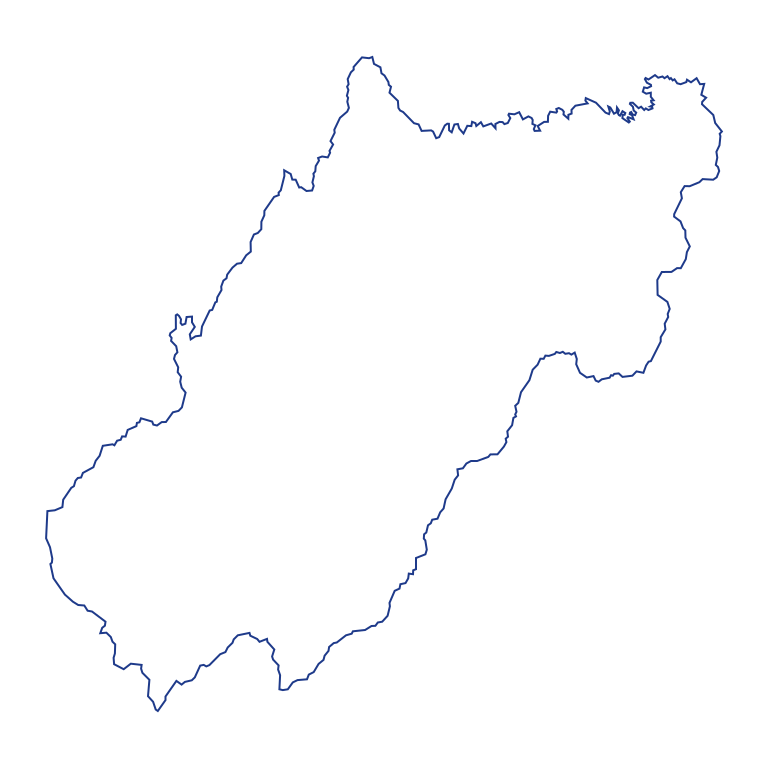 the district of Nam Pat, Uttaradit, Thailand
{"feature_id": "78962969B51395146999096", "entity_name": "Nam Pat", "entity_type": "district", "adm_level": 2, "iso_a3": "THA", "parent_name": "Thailand", "parent_adm1": "Uttaradit", "projection": "equal_earth", "projection_center": [100.784, 17.695], "detail": "fine", "context": "isolated", "style": "outline", "palette": "blue", "viewbox_px": 768, "rotation_deg": 0, "n_neighbors": 0, "source": "geoboundaries", "source_scale": "gbopen_adm2", "svg_char_len": 6049}
<svg xmlns="http://www.w3.org/2000/svg" viewBox="0 0 768 768"><path d="M585.8,98.1L585.4,100.6L587.6,103.4L575.4,105.7L571.5,109.9L571.6,113.6L568.4,114.8L568.3,118.7L563.5,114.5L563.8,111.7L562.3,109.8L558.8,108.0L556.3,109.0L557.1,111.5L556.3,112.6L550.2,111.7L548.1,115.8L547.9,121.8L544.1,121.9L537.7,126.0L540.1,130.7L534.6,130.9L533.8,129.1L535.4,125.3L532.4,123.9L532.7,120.0L531.6,118.0L528.4,116.4L522.9,119.4L519.2,112.2L514.4,114.3L509.0,113.7L508.4,115.0L510.3,118.1L507.8,123.0L504.4,124.1L502.6,122.1L499.5,121.9L495.4,124.0L495.5,128.3L491.2,123.5L483.3,126.4L480.9,122.2L476.3,126.0L475.5,123.2L472.1,121.8L471.3,126.1L467.3,125.8L463.5,133.5L459.2,128.5L457.9,124.0L454.4,124.5L451.7,132.3L449.1,130.3L448.9,123.8L447.3,123.7L444.8,125.5L439.2,137.1L436.2,138.2L433.1,131.6L431.2,130.4L421.6,130.9L418.6,124.4L414.0,123.2L403.1,112.0L400.1,110.5L398.4,107.9L397.9,100.9L389.5,92.7L391.0,86.7L388.8,84.9L388.4,82.0L384.5,75.5L381.5,73.3L380.4,67.3L374.0,63.9L372.3,57.0L369.1,58.2L362.0,57.4L353.6,67.0L353.7,69.6L350.9,72.3L347.7,79.1L348.6,84.2L347.1,86.7L348.4,90.0L346.9,95.8L348.1,97.8L347.3,101.7L348.9,107.9L347.2,111.6L340.0,117.8L334.3,129.8L334.7,132.7L330.5,141.1L333.1,144.5L329.5,150.9L330.1,152.7L327.8,157.4L322.1,156.5L318.1,158.0L319.0,160.6L315.7,166.1L315.3,171.3L313.4,173.7L313.9,176.2L312.4,182.4L313.7,185.9L312.1,190.5L306.5,191.0L301.2,187.2L299.2,187.5L295.7,179.7L292.3,179.6L290.7,174.0L284.2,170.3L284.4,175.9L280.8,190.3L278.6,192.6L278.8,195.1L274.1,196.9L264.4,210.9L264.3,215.3L261.4,221.7L261.3,229.2L257.8,233.0L253.9,234.5L250.6,242.0L250.8,251.6L246.2,255.3L241.2,263.1L237.0,263.7L232.5,267.6L227.2,274.6L226.5,278.3L223.4,280.6L221.2,286.6L221.5,290.0L217.3,297.3L216.8,301.7L215.3,302.4L212.2,309.9L209.7,310.5L202.0,326.5L200.9,335.6L195.5,336.3L190.7,339.4L189.8,334.3L194.8,326.9L192.0,322.3L192.0,316.6L186.6,317.0L185.4,323.7L182.1,324.9L180.6,323.0L181.0,319.3L179.0,315.9L177.2,314.4L175.8,315.3L175.9,328.8L170.3,333.2L169.7,335.4L171.6,337.9L171.1,340.9L176.2,346.2L177.4,352.3L175.0,355.0L174.0,358.9L178.2,367.3L177.7,372.2L181.1,376.7L180.2,381.7L181.7,387.7L185.6,392.6L181.9,407.4L178.5,410.9L172.9,412.3L165.9,422.0L161.7,422.1L157.0,425.5L153.3,424.6L152.2,421.6L141.0,418.3L139.4,422.3L136.9,422.9L136.4,426.1L127.7,429.9L125.6,436.6L122.1,436.4L120.7,439.8L117.1,440.7L114.4,445.3L112.6,444.3L102.8,445.8L99.6,455.8L95.7,460.8L93.4,467.2L82.9,472.9L81.1,477.5L77.8,478.0L75.5,480.7L73.9,486.2L71.3,487.8L63.2,499.7L62.4,507.1L54.8,510.3L47.4,511.1L46.1,538.3L50.0,547.2L52.3,558.6L51.9,562.6L50.4,564.0L53.5,578.3L64.9,594.6L72.9,601.7L78.2,605.0L84.3,605.5L87.6,610.7L92.0,611.5L105.5,621.7L104.9,625.7L102.2,627.8L100.3,633.2L106.4,632.7L110.8,637.0L112.5,641.7L115.2,644.3L114.9,653.5L113.6,657.8L114.1,664.2L123.7,669.2L130.8,663.7L141.6,664.9L141.1,668.7L142.4,672.8L149.4,679.8L148.0,696.2L153.1,701.8L155.7,709.5L157.8,711.0L165.5,700.1L165.5,696.5L176.4,680.9L181.6,684.6L184.9,681.9L191.8,680.3L194.8,677.4L200.2,665.6L203.7,664.9L206.3,666.4L209.4,665.1L220.2,654.2L225.4,652.1L227.7,647.5L232.5,642.8L233.7,639.4L237.8,635.3L249.5,632.9L250.3,635.7L257.2,639.0L259.5,641.8L267.0,638.9L267.4,641.8L274.3,649.5L272.1,656.5L273.1,659.6L278.6,665.4L278.1,669.5L280.1,675.2L279.4,689.3L282.8,690.1L287.8,689.3L292.8,682.4L297.5,680.1L307.0,679.3L308.8,674.6L313.7,672.1L318.6,663.9L323.5,659.9L324.6,655.7L328.5,650.9L329.1,647.0L333.7,643.1L336.8,642.5L346.0,635.3L351.7,633.7L352.9,631.3L365.1,630.0L371.5,626.0L375.4,625.8L377.8,622.5L382.2,621.7L387.6,615.8L389.9,606.3L389.5,602.9L394.7,590.8L399.5,588.6L400.4,584.2L405.5,583.1L408.2,578.4L408.8,573.6L413.0,574.2L413.2,570.3L416.0,569.2L416.0,558.0L425.4,554.3L426.8,549.7L425.3,540.4L423.8,538.6L424.1,534.3L426.3,532.5L428.0,525.3L430.8,523.3L432.2,519.7L437.5,518.7L440.2,512.3L443.6,508.5L445.6,499.3L451.8,488.5L454.7,479.7L458.1,475.4L457.4,469.3L462.9,468.3L466.4,463.5L471.0,461.0L477.1,461.0L488.3,456.9L490.4,454.4L497.5,454.3L503.9,446.6L506.4,442.1L505.7,438.7L508.0,436.7L507.3,431.3L512.1,425.2L513.4,417.9L516.0,416.4L515.2,414.4L516.5,411.8L515.2,405.8L518.3,402.9L521.0,392.2L529.4,380.2L532.7,369.7L537.6,364.7L540.4,358.7L543.7,358.8L545.4,355.6L548.9,355.9L554.8,353.9L556.3,352.0L559.9,353.0L562.8,351.8L565.3,353.8L569.0,353.2L571.4,354.6L574.7,352.6L576.8,359.0L576.2,364.2L580.0,372.8L586.8,377.5L593.5,376.1L595.7,380.6L598.5,381.8L601.8,379.3L609.6,377.7L611.1,375.2L612.8,375.7L614.2,373.9L618.7,373.4L622.5,376.9L632.4,375.7L636.5,371.4L643.4,372.8L646.1,365.5L648.6,361.7L650.9,361.1L660.7,341.6L660.7,337.2L665.4,329.4L664.7,323.7L668.2,317.0L667.7,314.0L669.7,308.9L667.4,301.9L657.6,294.9L657.3,280.0L661.8,272.0L671.5,271.9L677.1,268.1L680.8,268.2L685.8,259.1L686.9,252.1L689.8,246.4L685.5,237.7L685.3,230.4L683.1,228.1L680.5,221.4L674.1,216.6L674.2,214.1L681.9,198.3L680.8,192.2L684.6,186.1L689.7,186.2L699.4,182.2L702.6,179.1L713.2,179.7L716.7,177.3L719.2,171.0L718.0,167.0L715.8,164.9L717.3,157.6L716.4,151.8L719.5,145.3L720.4,136.1L719.7,133.8L721.9,131.5L715.2,123.0L713.3,115.0L702.0,104.2L702.2,101.9L706.1,97.7L701.3,94.8L704.2,83.9L700.0,84.2L696.6,78.2L691.0,82.3L687.0,79.7L686.3,82.1L680.6,84.2L677.2,83.3L674.5,79.3L672.7,80.4L670.9,78.1L669.6,79.1L667.5,76.2L664.5,78.2L662.5,76.5L658.2,77.7L655.0,75.1L648.5,79.5L645.6,78.0L644.9,79.1L646.9,82.7L650.9,84.8L651.1,86.2L647.2,88.1L644.1,87.4L642.8,91.7L646.2,93.7L650.8,92.7L650.8,96.8L653.6,100.3L651.1,100.7L651.3,102.3L653.8,104.5L650.2,106.5L652.2,106.9L652.5,108.4L648.4,110.0L645.8,108.4L644.2,110.0L641.1,106.7L638.6,108.2L632.8,102.7L630.3,102.8L629.9,103.9L632.9,106.7L633.7,110.5L636.2,112.6L635.1,115.1L632.6,114.5L631.2,112.0L630.0,112.6L629.7,114.1L632.0,115.2L633.6,119.3L628.0,117.1L627.4,118.1L629.8,121.6L628.8,122.5L622.4,118.1L622.7,114.8L624.6,114.8L625.3,113.0L622.5,111.2L620.0,115.7L618.9,115.1L617.9,113.4L618.9,110.3L617.0,107.5L616.6,112.2L614.0,113.7L610.3,107.5L608.3,106.5L609.8,111.6L609.0,114.1L605.5,112.6L596.0,102.7L585.8,98.1Z" fill="none" stroke="#1e3a8a" stroke-width="2"/></svg>